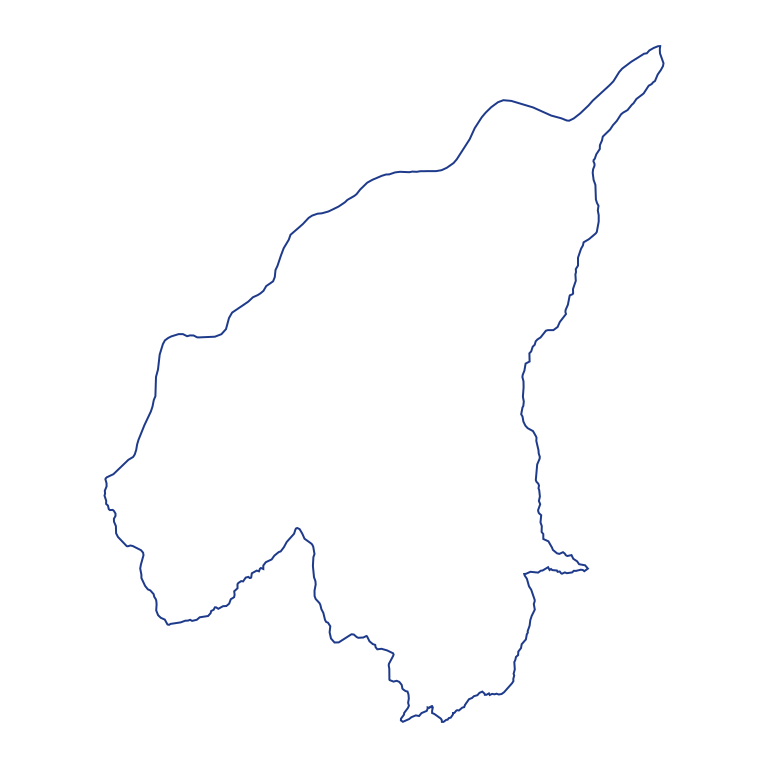 Briceño, Antioquia, Colombia (Natural Earth projection)
{"feature_id": "7082276B58597491510364", "entity_name": "Briceño", "entity_type": "district", "adm_level": 2, "iso_a3": "COL", "parent_name": "Colombia", "parent_adm1": "Antioquia", "projection": "natural_earth1", "projection_center": [-75.542, 7.121], "detail": "fine", "context": "isolated", "style": "outline", "palette": "blue", "viewbox_px": 768, "rotation_deg": 0, "n_neighbors": 0, "source": "geoboundaries", "source_scale": "gbopen_adm2", "svg_char_len": 6091}
<svg xmlns="http://www.w3.org/2000/svg" viewBox="0 0 768 768"><path d="M649.4,50.4L646.8,53.3L644.1,53.7L631.2,61.8L622.2,68.6L619.2,72.0L613.4,81.3L609.6,85.2L592.7,100.7L588.6,105.4L580.2,113.4L573.8,118.4L569.2,120.7L566.8,120.5L561.3,118.3L551.3,115.6L533.0,107.4L511.3,100.9L503.4,100.2L498.0,102.2L491.2,107.2L485.7,112.6L481.8,117.2L474.7,128.2L469.7,139.2L456.7,159.4L453.5,163.1L446.6,167.9L441.5,170.2L436.2,171.1L420.4,171.2L416.8,171.8L412.2,171.6L409.4,172.2L400.0,171.8L395.1,172.4L389.2,174.4L386.0,174.5L381.8,175.8L372.4,179.8L367.2,182.7L360.2,189.5L356.6,194.1L354.5,195.8L347.5,199.8L344.9,202.3L338.5,206.6L328.4,211.5L321.9,213.3L317.5,213.7L312.1,215.6L308.6,217.9L302.7,224.2L290.5,234.8L288.8,239.7L283.7,248.2L280.8,255.9L277.5,265.8L275.5,270.0L274.8,277.0L273.1,281.3L266.2,286.1L263.5,290.8L260.4,293.4L257.7,295.1L253.0,297.2L248.2,301.7L232.1,312.6L229.0,318.0L226.0,329.1L221.4,334.2L214.9,336.7L199.0,337.4L197.1,337.3L193.6,335.5L190.1,335.4L187.1,336.2L182.9,334.1L178.7,334.1L171.3,336.4L168.3,337.9L164.9,340.4L162.9,344.1L159.7,354.5L158.0,369.5L156.0,376.9L155.4,396.2L153.8,400.0L152.5,406.6L150.9,411.4L144.4,425.2L138.4,440.1L137.1,444.6L136.2,449.9L134.8,454.3L133.2,456.9L128.4,459.8L113.4,474.2L106.8,477.3L105.7,478.4L105.4,479.2L106.5,483.1L106.6,486.3L104.8,490.8L105.1,493.6L104.5,495.6L106.2,500.8L106.1,503.9L107.9,505.5L108.8,509.2L110.0,510.1L112.7,509.9L113.9,510.9L115.5,513.6L115.5,515.9L113.9,518.8L114.0,521.7L115.9,526.1L116.1,533.3L118.0,537.0L126.7,546.1L127.8,546.3L130.4,545.5L132.7,546.0L141.0,550.2L143.1,552.7L143.5,555.2L140.9,564.6L140.2,568.5L141.4,574.7L141.4,578.0L145.1,585.9L147.9,589.4L150.3,590.4L153.6,594.1L154.3,596.9L155.8,599.2L156.3,600.9L156.6,604.2L156.2,610.4L158.1,615.2L160.8,617.8L164.8,619.6L167.5,624.5L169.1,624.8L170.6,623.9L180.6,622.4L185.3,620.7L188.1,620.6L190.1,619.8L192.1,620.9L196.8,619.8L199.7,617.3L208.1,616.0L210.6,613.2L211.2,611.0L213.6,609.8L214.9,607.3L216.0,607.3L218.3,608.8L223.0,606.2L226.4,606.0L229.2,603.6L230.8,599.2L234.1,597.2L234.6,594.8L234.2,591.3L237.5,588.3L237.5,584.2L238.3,583.0L241.2,581.1L243.1,581.4L245.7,577.6L248.4,576.9L249.6,578.0L250.7,577.9L251.2,577.5L251.8,573.3L256.7,570.6L259.0,571.3L259.9,568.8L260.9,568.0L263.3,569.0L263.3,565.5L265.8,562.2L271.7,559.4L274.3,555.7L278.7,552.1L280.7,551.4L283.9,547.2L286.7,542.0L294.1,533.7L295.4,529.6L296.0,528.5L297.2,528.0L299.6,529.1L302.3,533.7L304.5,538.7L310.9,543.3L312.1,544.4L313.2,546.6L314.5,554.0L313.4,557.1L312.9,565.9L314.0,577.2L315.4,581.1L315.7,584.4L314.5,590.8L314.6,596.1L315.7,599.0L319.4,603.0L320.3,604.7L321.4,609.2L323.3,612.8L325.0,619.8L326.1,621.9L328.0,622.7L330.3,626.3L329.6,632.3L331.0,638.5L334.5,642.5L338.7,642.4L351.4,634.3L353.8,634.5L356.6,637.0L358.3,637.8L363.3,637.5L366.4,636.0L367.0,636.3L369.5,641.3L372.8,644.1L375.2,644.9L375.6,647.2L377.3,649.3L381.5,648.8L387.1,650.4L393.1,653.3L393.6,654.6L393.0,656.2L389.0,663.7L388.7,665.2L389.3,668.9L389.4,679.6L389.7,680.1L393.5,681.6L396.7,680.8L399.3,681.9L401.7,684.9L402.4,688.6L403.0,689.3L405.6,691.1L407.5,691.5L408.5,694.6L408.8,698.6L408.1,702.8L408.9,705.7L407.9,708.0L404.2,712.9L404.0,714.6L401.0,718.7L400.9,720.4L402.9,721.8L409.2,719.0L411.4,717.2L415.8,715.4L419.1,716.0L421.5,713.1L426.7,710.9L427.6,708.8L427.6,707.4L429.1,707.9L429.8,707.1L431.2,707.3L431.4,706.2L432.1,706.1L432.8,707.5L432.1,710.8L432.1,713.0L434.4,714.0L440.7,718.5L441.7,719.9L441.9,721.9L443.5,721.9L446.3,719.8L447.6,719.7L448.8,718.1L450.8,717.6L453.0,714.4L453.0,713.0L454.4,712.9L456.3,710.6L457.1,710.2L458.9,710.5L462.3,707.6L464.2,707.1L465.0,704.9L469.0,699.2L472.0,698.0L473.9,696.2L477.4,695.2L479.4,692.9L482.3,691.6L484.6,693.7L484.8,694.8L486.4,694.8L488.9,693.4L489.7,695.0L492.1,693.9L494.6,694.3L496.6,693.7L498.7,694.5L501.6,694.0L504.1,692.2L512.0,683.3L513.4,681.1L513.3,678.9L514.2,675.5L513.6,673.8L514.8,669.4L514.3,662.1L515.3,660.0L516.0,656.9L518.1,655.1L518.3,651.6L521.0,648.1L521.7,644.2L525.9,639.4L526.8,634.3L527.8,632.7L527.7,631.1L529.6,625.7L530.3,620.2L531.7,615.9L534.8,609.6L533.8,604.0L534.7,601.3L534.7,599.9L531.2,589.7L529.0,586.3L526.9,578.8L524.7,575.5L524.2,574.0L526.0,573.8L530.4,571.8L538.1,572.6L540.8,570.7L542.6,570.5L548.1,567.2L549.6,570.0L551.0,569.0L552.3,570.1L556.9,570.5L557.6,571.8L559.7,571.5L561.1,573.3L562.0,573.7L564.9,572.4L566.8,573.2L572.2,572.4L573.8,570.8L576.0,570.9L580.8,569.7L582.8,570.0L584.3,571.2L587.9,568.6L585.1,565.3L579.1,564.2L577.1,561.3L573.3,558.8L571.5,555.1L567.3,556.0L565.8,555.2L564.7,553.5L563.0,552.2L559.3,553.9L557.0,553.3L552.9,549.9L552.0,547.6L548.4,541.3L543.3,539.0L543.3,534.1L541.6,531.9L541.8,526.1L540.5,522.4L541.2,515.2L538.8,513.0L538.2,511.1L538.1,510.1L540.2,504.2L538.9,501.0L539.9,496.5L539.2,490.1L538.5,488.3L539.0,485.6L538.3,483.7L536.5,481.8L535.8,480.1L537.2,464.4L539.6,458.8L539.8,456.8L538.7,453.4L538.5,450.3L536.3,440.9L536.5,437.7L535.9,436.2L533.0,431.1L527.7,428.2L525.4,425.7L523.4,421.6L522.5,416.5L521.2,414.3L522.5,407.4L523.3,406.0L523.8,401.6L522.9,396.7L523.6,387.4L523.5,381.4L522.4,377.1L522.7,374.9L524.4,370.6L525.6,363.6L529.6,361.5L529.4,353.3L531.2,351.4L532.7,346.7L534.7,344.8L535.7,341.3L537.4,339.5L540.6,337.4L545.9,330.7L548.0,330.1L553.4,330.1L557.6,327.0L559.8,322.0L566.0,314.0L565.4,312.0L565.6,310.0L567.9,304.7L569.6,295.9L569.9,295.3L572.6,294.2L573.1,293.4L573.0,289.0L575.8,280.8L575.4,274.4L576.0,272.1L575.8,269.1L578.0,265.6L578.0,257.7L581.1,248.6L582.9,245.5L583.6,242.3L588.9,239.2L595.9,233.3L596.8,231.9L598.7,221.6L598.7,215.2L597.8,210.5L598.5,205.8L597.0,203.0L595.9,199.5L595.4,184.9L593.6,179.9L592.7,172.8L593.1,169.3L594.5,165.7L594.5,163.7L593.5,161.6L593.6,160.1L594.8,158.7L596.3,154.3L599.8,149.0L599.9,145.2L602.0,140.4L602.8,136.6L610.1,129.5L613.0,125.1L616.8,120.9L621.0,114.4L623.0,112.7L627.5,110.1L631.9,104.7L633.5,103.3L636.4,99.0L643.6,93.5L648.7,85.7L651.6,84.1L653.2,82.2L655.0,81.0L657.7,74.5L660.8,70.1L663.0,66.1L663.5,63.2L660.0,53.4L659.8,49.5L660.2,46.1L658.1,46.2L653.8,47.9L649.4,50.4Z" fill="none" stroke="#1e3a8a" stroke-width="2"/></svg>